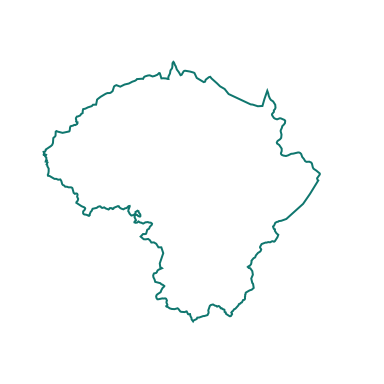 Bounkani, Zanzan, Ivory Coast (Mercator projection), rotated 335°
{"feature_id": "98640826B90856530326373", "entity_name": "Bounkani", "entity_type": "district", "adm_level": 2, "iso_a3": "CIV", "parent_name": "Ivory Coast", "parent_adm1": "Zanzan", "projection": "mercator", "projection_center": [-3.483, 9.078], "detail": "fine", "context": "isolated", "style": "outline", "palette": "teal", "viewbox_px": 384, "rotation_deg": 335, "n_neighbors": 0, "source": "geoboundaries", "source_scale": "gbopen_adm2", "svg_char_len": 5968}
<svg xmlns="http://www.w3.org/2000/svg" viewBox="0 0 384 384"><g transform="rotate(335 192 192)"><path d="M311.3,234.9L310.9,234.1L311.2,232.4L315.1,230.2L315.5,229.7L315.6,229.1L313.7,225.1L312.0,222.3L311.9,220.8L312.7,216.9L312.5,215.7L311.1,214.1L308.4,213.0L307.6,211.8L307.4,209.4L306.7,206.8L307.0,203.7L306.5,202.3L305.9,201.6L304.9,201.0L299.9,200.0L298.0,199.3L294.7,199.4L292.4,199.1L290.2,197.6L289.0,196.2L288.8,195.3L289.0,194.4L290.6,192.8L291.6,190.6L290.9,186.2L289.6,184.0L289.8,182.9L291.2,181.9L294.2,181.4L295.7,180.6L297.4,177.8L298.0,174.5L298.4,173.7L300.7,171.7L301.6,170.5L303.8,169.7L305.3,168.9L306.5,167.0L306.5,166.4L306.1,165.6L303.5,162.7L302.7,162.3L299.8,162.1L298.3,160.7L297.5,159.4L297.1,156.7L297.1,155.8L297.6,155.1L300.1,154.0L300.7,152.6L302.3,151.9L303.3,150.9L304.3,148.1L303.8,144.2L302.4,141.9L302.1,140.2L302.2,137.3L302.8,134.7L303.0,132.1L296.8,138.5L292.2,143.8L287.9,142.1L283.9,138.4L282.2,137.4L266.6,118.7L265.1,112.4L262.1,108.1L260.6,104.1L257.7,97.4L257.2,95.3L255.8,95.1L251.9,96.0L250.5,97.5L249.1,97.4L244.5,90.6L244.5,85.2L244.0,84.5L241.1,82.0L237.2,79.3L236.3,79.0L235.4,79.1L232.1,81.4L231.0,81.3L230.7,77.8L230.0,74.5L230.4,71.2L230.2,69.7L230.4,67.0L230.1,66.2L228.8,67.0L227.0,70.4L226.1,71.5L223.9,72.7L222.1,75.3L219.6,77.3L218.6,78.7L218.4,79.6L217.5,79.1L216.6,78.2L214.1,76.8L212.3,76.1L213.0,70.8L212.5,70.3L210.2,71.1L207.1,71.0L205.1,70.6L203.0,68.4L201.3,67.8L198.3,67.4L197.1,67.6L195.4,68.8L194.8,68.3L189.8,66.4L188.8,66.9L187.2,67.1L184.6,66.8L180.6,67.0L176.3,66.1L171.5,66.2L168.6,63.2L166.6,63.2L165.8,63.6L162.7,67.0L160.5,67.6L159.4,67.6L157.2,66.6L155.2,66.5L149.4,67.1L145.8,67.9L145.0,68.2L142.0,72.3L139.2,71.1L137.4,71.8L133.4,71.3L130.6,71.4L128.4,70.9L127.4,72.1L126.2,74.3L124.7,74.4L122.9,75.4L120.6,75.3L119.5,75.0L118.0,76.0L117.6,76.9L117.5,78.1L116.8,79.0L117.0,79.9L117.7,80.4L117.2,81.4L116.6,81.6L116.4,81.9L114.5,82.0L113.6,81.4L112.7,81.6L109.7,81.1L108.8,81.9L107.4,84.2L106.6,85.1L106.2,85.2L99.7,83.7L95.9,80.6L94.9,79.5L94.0,79.7L92.1,83.3L91.3,83.8L89.1,84.5L86.7,88.8L85.2,90.2L83.8,90.7L77.5,91.7L77.5,92.0L75.9,93.3L74.5,92.9L74.2,94.7L73.4,95.3L73.3,95.8L73.9,96.1L75.0,96.0L75.5,96.7L74.0,97.7L74.5,99.2L74.4,99.7L73.7,100.7L73.9,102.1L73.4,102.4L72.6,102.1L72.2,102.6L73.2,103.3L73.6,104.1L71.8,105.6L72.2,106.4L71.8,107.7L72.0,110.2L70.7,112.9L69.7,114.4L68.5,115.6L68.4,116.5L69.6,117.2L72.9,122.0L74.5,122.7L75.9,124.3L78.0,125.0L78.2,126.9L77.7,130.0L77.9,131.0L78.9,132.2L79.3,133.6L80.8,134.3L82.1,135.6L84.3,136.6L85.1,137.5L85.2,138.0L84.4,142.8L85.1,144.2L86.0,144.2L86.7,144.5L87.2,145.1L87.1,146.2L85.9,147.7L85.9,150.2L84.7,151.6L83.2,152.2L82.6,152.9L85.9,158.2L87.9,160.4L88.3,161.4L88.2,161.9L87.0,162.9L85.3,163.5L84.9,164.0L84.3,165.4L84.5,166.3L85.1,167.0L86.3,167.7L87.9,169.2L88.0,169.7L88.6,170.1L89.6,169.7L89.8,169.0L91.8,167.2L93.1,166.7L94.8,165.2L98.9,166.1L100.8,165.7L102.4,166.0L102.9,166.4L103.4,168.0L104.2,168.6L105.9,168.8L106.9,170.5L109.0,172.6L109.9,172.4L110.5,171.9L111.1,172.0L112.5,172.8L112.7,173.8L113.6,174.0L114.7,173.3L119.0,173.5L119.7,174.2L119.5,174.6L120.2,176.2L121.0,177.3L122.5,178.7L124.3,178.5L126.0,178.9L128.5,178.0L129.6,178.3L129.5,178.7L126.7,181.5L126.1,182.6L126.4,184.0L126.2,185.0L126.9,187.3L127.1,187.7L129.0,188.1L130.6,187.9L131.8,187.4L132.4,186.2L133.1,186.2L134.7,185.9L135.4,186.8L135.1,187.8L135.6,190.2L135.5,191.0L135.0,192.1L134.4,192.3L133.2,191.2L132.6,189.7L132.3,189.4L131.2,188.8L130.3,189.1L129.3,190.5L129.3,193.9L127.4,194.6L127.0,195.2L127.9,196.1L129.5,196.5L131.1,196.1L132.1,197.8L132.9,198.2L134.1,199.7L134.5,200.0L136.9,199.8L139.3,200.6L140.1,201.5L141.7,202.4L142.3,203.5L142.4,203.9L141.7,204.7L139.1,205.7L137.6,207.1L135.5,207.3L132.8,210.4L131.6,210.3L129.9,209.4L126.6,210.7L128.3,214.4L129.9,215.3L132.4,216.0L133.4,217.8L133.8,220.6L136.2,221.6L137.7,223.8L138.2,228.0L140.8,229.2L140.1,235.3L132.6,243.1L131.2,247.6L132.3,247.8L132.6,248.4L128.8,248.3L127.6,248.6L126.1,249.9L125.1,250.2L123.3,249.7L122.5,250.2L121.5,251.3L121.0,253.0L121.1,255.4L120.7,257.9L124.7,261.2L125.3,262.8L126.2,263.6L127.2,265.5L127.0,265.8L124.7,266.6L123.0,267.8L121.2,269.5L117.3,270.1L116.3,270.5L115.4,271.4L115.0,273.0L115.3,274.6L116.2,275.0L120.2,275.9L120.7,276.3L122.8,277.1L123.4,277.8L123.4,279.8L122.5,280.7L122.1,281.5L122.0,283.9L121.4,284.5L120.4,284.6L120.5,285.2L121.4,285.9L122.6,288.0L124.3,289.5L126.7,290.8L129.8,291.3L130.3,292.3L130.9,295.2L131.5,296.0L134.7,297.8L136.4,297.8L136.7,298.0L136.8,301.0L137.0,301.3L138.6,301.8L138.1,304.1L138.3,305.8L137.8,307.3L138.3,309.7L139.1,309.1L142.5,309.1L143.7,308.1L145.5,308.8L149.8,309.2L150.6,309.6L154.0,310.1L155.9,308.6L156.3,307.8L156.7,306.2L160.1,302.7L161.4,302.4L163.5,302.8L164.8,304.7L166.1,305.7L166.3,306.5L167.9,306.6L168.4,307.1L168.8,308.2L168.9,309.5L169.8,309.8L170.1,311.0L171.0,311.6L171.6,312.4L170.9,314.5L171.7,315.4L171.3,316.5L171.5,317.1L173.5,320.3L173.9,320.7L174.9,320.8L176.6,319.7L176.5,319.3L176.9,318.9L176.7,317.9L177.7,317.3L178.9,317.1L180.5,316.1L182.0,316.1L186.3,314.3L187.0,313.5L187.7,313.4L188.6,313.6L189.4,313.1L190.6,313.1L192.7,311.5L193.8,311.8L194.4,311.6L195.0,311.0L195.7,309.3L196.2,308.9L196.7,307.6L197.5,307.1L197.8,306.3L198.5,305.9L202.6,305.5L204.8,305.8L207.4,305.0L208.4,301.5L208.5,300.7L208.2,299.9L209.1,295.5L212.2,292.7L213.2,289.2L212.6,285.8L211.4,284.9L210.9,283.5L211.9,283.2L213.2,283.3L215.1,282.3L216.5,280.4L216.7,279.6L217.9,278.9L219.9,278.0L221.2,278.0L222.0,277.6L223.0,276.5L226.0,275.1L228.5,274.8L229.5,274.3L230.5,273.2L230.2,271.1L230.6,270.4L233.1,268.6L237.3,268.9L238.2,269.4L239.9,269.6L241.5,270.6L243.9,270.5L244.6,270.9L245.3,271.7L246.3,271.6L250.3,269.1L252.1,267.3L251.1,265.1L250.7,262.2L251.4,260.9L250.6,260.0L250.8,257.6L251.0,257.4L252.1,257.2L254.5,255.1L256.4,255.0L257.4,255.3L258.5,255.1L260.7,255.8L266.1,256.3L287.7,249.7L298.1,243.6L311.3,234.9Z" fill="none" stroke="#0f766e" stroke-width="2"/></g></svg>